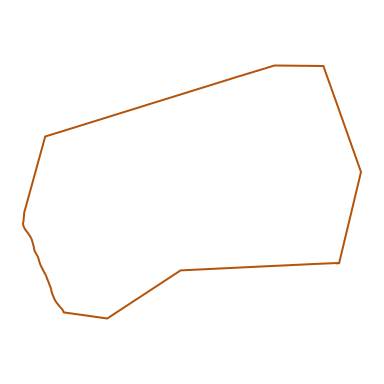 Chamical, La Rioja, Argentina (orthographic projection)
{"feature_id": "61730980B75694434489660", "entity_name": "Chamical", "entity_type": "district", "adm_level": 2, "iso_a3": "ARG", "parent_name": "Argentina", "parent_adm1": "La Rioja", "projection": "orthographic", "projection_center": [-66.28, -30.177], "detail": "fine", "context": "isolated", "style": "outline", "palette": "amber", "viewbox_px": 384, "rotation_deg": 0, "n_neighbors": 0, "source": "geoboundaries", "source_scale": "gbopen_adm2", "svg_char_len": 1186}
<svg xmlns="http://www.w3.org/2000/svg" viewBox="0 0 384 384"><path d="M323.4,66.0L274.4,65.5L260.4,69.8L237.0,76.9L51.1,134.7L45.2,136.5L29.0,195.3L24.2,212.6L24.1,214.2L24.0,215.7L23.8,217.3L23.7,218.8L23.6,220.3L23.3,221.9L23.0,223.4L23.2,224.9L23.6,226.4L24.3,227.8L25.0,229.2L25.9,230.4L26.9,231.7L27.8,232.9L28.7,234.2L29.5,235.4L30.4,236.8L31.1,238.1L31.7,239.5L32.2,241.0L32.6,242.5L33.0,244.0L33.4,245.5L33.8,247.0L34.1,248.5L34.3,250.0L34.9,251.5L35.6,252.8L36.4,254.2L37.2,255.5L37.9,256.8L38.4,258.3L38.8,259.8L39.2,261.3L39.7,262.8L40.2,264.2L40.8,265.6L41.5,267.0L42.2,268.4L42.9,269.8L43.6,271.2L44.3,272.5L45.1,273.9L45.8,275.2L46.4,276.7L46.9,278.1L47.5,279.6L48.1,281.0L48.7,282.4L49.2,283.9L49.7,285.3L50.3,286.8L50.8,288.2L51.2,289.7L51.5,291.2L51.9,292.7L52.4,294.2L53.0,295.6L53.6,297.1L54.2,298.5L54.9,299.9L55.6,301.2L56.5,302.5L57.4,303.7L58.4,304.9L59.4,306.1L60.4,307.3L61.4,308.4L62.4,309.6L63.2,310.9L63.7,312.4L107.2,318.5L136.8,299.1L143.4,294.8L180.6,270.4L257.2,266.7L265.4,266.3L289.2,265.2L311.8,264.1L337.4,263.0L337.3,263.3L339.1,263.2L361.0,172.0L340.4,113.8L337.0,104.2L325.7,72.6L323.4,66.0Z" fill="none" stroke="#b45309" stroke-width="2"/></svg>